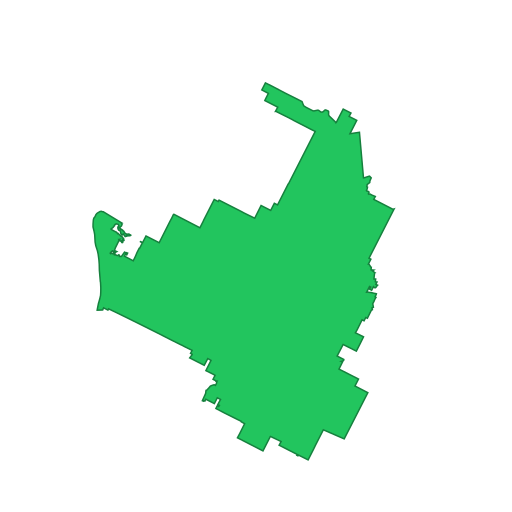 Etchojoa, Sonora, Mexico (Natural Earth projection), rotated 27°
{"feature_id": "50627088B76795265629930", "entity_name": "Etchojoa", "entity_type": "district", "adm_level": 2, "iso_a3": "MEX", "parent_name": "Mexico", "parent_adm1": "Sonora", "projection": "natural_earth1", "projection_center": [-109.755, 27.044], "detail": "fine", "context": "isolated", "style": "filled", "palette": "green", "viewbox_px": 512, "rotation_deg": 27, "n_neighbors": 0, "source": "geoboundaries", "source_scale": "gbopen_adm2", "svg_char_len": 5945}
<svg xmlns="http://www.w3.org/2000/svg" viewBox="0 0 512 512"><g transform="rotate(27 256 256)"><path d="M350.7,426.5L350.7,410.3L350.8,410.2L362.6,409.9L362.5,414.1L382.8,414.1L382.8,415.0L383.8,415.0L383.6,414.6L383.6,414.1L395.0,414.0L395.0,402.2L394.9,397.5L394.9,380.3L417.6,378.9L417.7,327.0L403.2,326.9L403.2,319.1L381.3,319.1L381.2,311.1L379.8,311.2L381.2,309.9L381.4,309.1L381.5,308.8L381.4,308.6L381.2,308.3L373.7,308.3L373.8,295.3L388.6,295.2L388.6,286.5L388.5,279.2L379.4,279.3L379.6,276.4L379.5,264.7L381.7,264.7L381.7,261.0L383.5,260.9L383.4,252.0L384.1,251.0L382.9,249.6L383.9,248.4L381.7,245.5L381.7,242.3L381.6,241.8L381.6,241.4L381.6,240.8L381.5,240.6L381.7,238.4L380.6,238.3L380.6,236.0L380.4,235.0L379.1,235.3L378.6,235.5L375.1,236.3L372.9,237.2L372.4,237.2L371.8,237.5L371.0,238.0L371.0,231.6L372.3,231.6L372.3,234.0L374.6,234.0L374.6,230.0L375.8,230.4L376.1,230.4L376.8,230.1L376.9,229.9L377.1,229.5L377.2,228.3L377.6,226.8L375.6,226.9L375.6,224.3L375.0,224.6L374.5,224.5L374.0,224.7L373.1,222.2L371.5,222.9L371.4,222.5L371.1,221.9L369.3,217.1L369.5,216.9L366.6,216.4L367.3,215.1L364.8,216.1L363.9,213.8L363.7,213.9L360.2,211.9L359.8,212.1L359.8,206.7L357.7,206.7L357.7,167.7L357.7,151.6L357.2,152.2L357.4,151.8L357.3,151.7L356.9,152.0L356.4,152.2L335.2,152.1L335.3,148.8L331.6,149.1L329.6,149.0L328.3,149.8L327.9,149.6L327.8,148.0L327.6,147.7L326.8,147.5L325.1,147.8L324.7,147.6L324.6,145.9L324.1,144.0L323.2,144.0L323.0,143.0L322.6,141.9L324.0,138.9L323.4,137.4L323.2,134.1L321.2,133.4L321.1,133.5L320.7,133.4L316.8,137.3L316.3,137.6L292.0,98.8L284.2,104.4L284.2,89.4L275.6,89.4L275.7,85.5L267.0,85.5L266.9,100.5L266.7,101.0L266.2,100.6L257.6,98.0L256.9,97.5L256.4,96.9L255.2,94.4L254.9,94.2L254.4,94.0L251.9,94.2L251.6,94.3L251.2,94.6L251.0,95.0L250.4,96.7L250.1,97.2L249.7,97.7L249.3,97.9L248.6,98.2L248.1,98.2L245.7,97.8L245.2,97.9L244.7,98.1L241.8,100.4L240.7,100.8L240.3,100.8L233.1,100.8L230.4,100.5L229.0,99.4L226.9,97.5L207.8,97.6L193.2,97.4L185.8,97.5L185.8,105.4L193.2,105.5L193.2,112.1L193.3,113.5L207.8,113.5L207.7,118.3L208.0,118.1L219.2,118.0L226.8,118.0L227.5,118.1L248.3,118.2L252.2,118.1L252.2,176.7L252.0,177.1L252.0,200.7L248.4,200.7L248.4,208.7L237.6,208.7L237.7,222.9L225.9,223.1L222.9,223.0L222.7,223.0L197.7,223.0L197.6,224.6L193.1,224.6L193.1,248.2L193.2,248.4L193.2,256.3L163.9,256.1L163.8,256.4L163.6,256.6L163.7,260.4L163.6,264.2L163.7,288.1L148.9,288.1L148.9,295.4L145.9,295.7L148.8,295.9L148.8,301.8L148.4,302.1L148.4,307.0L148.7,310.9L148.8,316.0L138.9,315.9L138.9,313.0L140.3,313.6L140.3,311.7L139.2,311.8L139.2,312.2L137.1,312.2L136.3,317.5L134.6,318.4L134.5,317.9L133.9,317.4L133.6,317.2L133.2,317.2L133.0,317.8L132.7,318.3L132.4,318.3L131.8,318.7L130.9,318.6L129.3,319.2L129.1,319.2L129.1,318.9L129.4,318.7L129.5,318.3L129.3,318.0L129.1,317.8L128.6,317.9L128.4,318.4L128.1,318.3L127.9,318.6L127.2,318.6L127.1,318.8L127.1,319.1L125.8,319.2L125.6,319.8L125.4,320.0L124.9,319.8L124.8,319.5L125.0,318.7L125.3,317.5L125.8,316.5L126.0,316.5L127.5,317.2L127.8,317.1L128.1,316.8L128.7,316.8L129.0,316.9L129.3,316.5L129.4,315.9L129.9,315.3L128.6,315.3L128.4,315.7L127.9,315.8L127.7,315.8L127.4,315.4L127.2,314.4L127.2,313.9L127.0,312.7L126.9,305.3L126.7,304.1L126.5,303.6L126.3,303.5L126.6,303.3L126.5,303.5L126.8,303.9L127.1,304.1L127.4,303.9L127.7,304.3L128.1,304.1L128.9,304.2L129.6,303.9L130.1,304.4L129.7,304.7L129.6,305.1L130.0,304.6L130.3,304.9L130.8,304.8L131.0,304.6L131.0,304.2L130.8,304.2L130.5,303.9L130.5,303.7L130.3,303.7L130.3,303.4L130.0,303.3L129.8,303.2L129.7,303.1L129.8,303.0L130.6,303.0L131.0,302.5L131.3,302.1L131.0,301.8L130.8,301.9L130.2,301.7L130.0,301.8L129.8,301.6L129.8,301.4L130.3,300.8L128.2,299.7L126.8,299.7L122.8,298.5L122.6,298.9L122.3,298.7L120.8,298.1L120.3,298.1L120.0,298.2L116.1,298.1L115.0,297.9L114.6,297.8L115.7,295.4L116.0,293.7L116.2,293.3L116.0,293.1L115.9,292.9L115.9,292.5L116.2,292.1L116.3,291.5L117.0,290.8L117.2,290.7L117.5,290.8L118.5,290.3L118.9,290.4L119.2,290.5L119.9,291.0L120.0,291.3L119.9,291.6L119.8,292.5L120.0,293.4L120.6,294.3L121.3,294.9L121.8,295.0L122.0,295.3L123.1,295.1L124.4,296.1L125.5,297.5L127.2,298.1L127.7,296.6L130.6,298.1L131.0,297.8L131.4,296.8L131.8,296.5L131.9,296.3L132.1,296.3L132.2,296.6L132.3,296.5L132.5,296.3L133.8,295.6L133.9,295.4L134.6,295.2L135.0,295.2L134.8,295.1L135.0,294.3L134.4,294.2L133.9,294.5L133.6,294.3L133.3,294.3L133.0,294.1L132.4,294.3L131.6,294.8L131.2,295.3L130.8,295.4L130.3,295.2L129.0,295.2L127.0,294.0L126.8,293.9L126.5,294.1L126.3,294.0L125.7,293.6L125.4,293.7L124.9,293.4L124.2,293.3L123.8,293.7L123.0,293.4L122.8,293.0L121.8,293.0L121.2,292.9L121.3,292.5L121.7,292.1L122.3,290.8L122.5,290.3L122.3,288.6L121.8,288.2L121.5,288.2L121.2,287.9L121.2,287.7L121.4,287.5L99.8,285.9L99.6,286.0L98.9,286.3L97.8,286.4L96.8,287.2L95.4,289.4L94.9,290.4L94.6,291.8L94.7,294.1L94.3,295.9L94.5,296.8L94.7,297.7L96.3,301.5L96.9,302.7L97.6,304.1L98.7,305.4L100.6,307.6L101.6,308.9L102.7,310.4L106.3,316.6L108.5,319.5L112.3,323.3L114.5,326.0L117.8,330.8L120.1,334.6L122.9,339.8L128.8,349.3L129.5,350.2L132.1,354.7L134.0,358.5L135.4,361.7L136.1,364.5L136.8,367.8L137.1,369.6L138.8,375.6L139.1,376.4L143.9,373.7L143.7,371.4L148.6,371.4L148.6,370.0L169.1,369.6L201.3,369.3L219.9,369.3L229.9,369.2L230.0,369.1L233.4,369.2L241.9,369.1L241.9,372.5L243.7,372.5L243.9,372.8L243.2,376.9L259.5,376.9L259.6,369.3L263.3,369.4L263.4,380.9L271.1,380.8L273.7,380.9L273.7,381.0L273.7,385.4L277.2,385.4L277.3,385.8L277.7,385.6L278.1,385.3L278.1,385.5L278.6,387.3L278.6,389.7L277.2,389.7L275.9,390.9L274.4,392.6L273.9,394.9L273.0,398.0L272.5,398.4L273.1,400.3L273.5,401.0L273.5,402.3L273.7,402.5L273.6,403.1L273.9,409.3L275.1,409.2L275.1,408.6L276.3,408.5L276.3,406.4L285.9,406.4L285.9,399.9L289.5,399.9L289.4,405.7L291.2,405.7L291.1,407.1L289.5,407.1L289.5,410.1L299.3,410.2L312.2,410.1L317.7,410.0L318.0,410.4L322.0,410.6L322.1,421.7L322.0,426.4L350.7,426.5Z" fill="#22c55e" stroke="#15803d" stroke-width="1.5"/></g></svg>